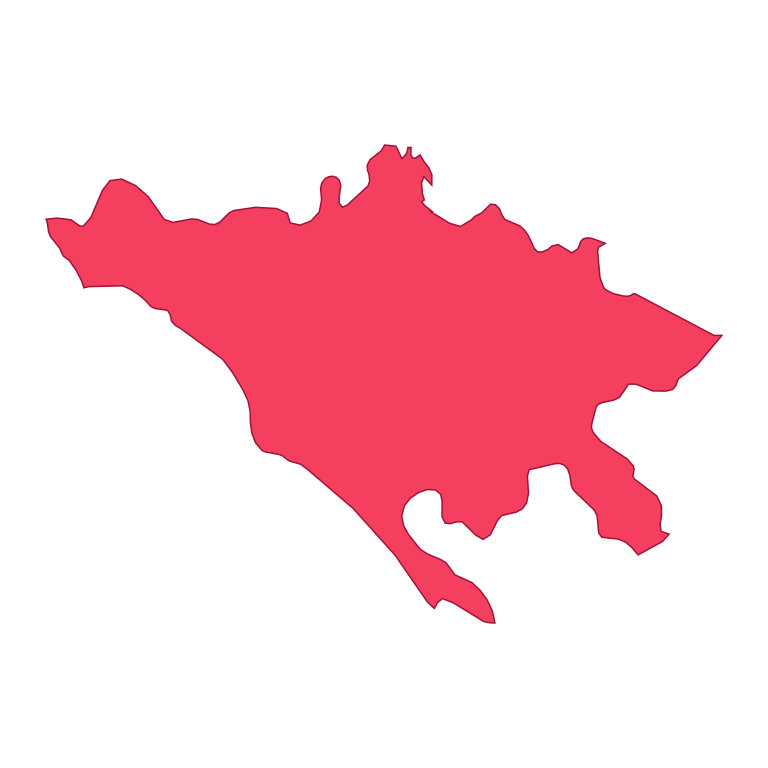 the Province of Roma
{"feature_id": "ITA-5422", "entity_name": "Roma", "entity_type": "Province", "adm_level": 1, "iso_a3": "ITA", "parent_name": "Italy", "parent_adm1": "", "projection": "natural_earth1", "projection_center": [12.606, 41.858], "detail": "fine", "context": "isolated", "style": "filled", "palette": "rose", "viewbox_px": 768, "rotation_deg": 0, "n_neighbors": 0, "source": "natural_earth", "source_scale": "10m", "svg_char_len": 3020}
<svg xmlns="http://www.w3.org/2000/svg" viewBox="0 0 768 768"><path d="M494.9,623.0L489.9,622.8L483.7,621.5L453.2,602.8L442.5,598.6L437.5,602.6L434.4,608.5L427.5,602.1L395.4,555.6L353.0,508.3L307.3,469.2L300.5,464.2L289.0,460.9L282.2,455.6L278.5,454.3L265.6,452.0L262.2,450.6L255.5,442.7L251.9,433.2L250.4,422.6L250.2,411.4L248.0,400.8L243.0,389.9L232.4,372.3L222.6,359.2L180.3,328.3L175.5,325.5L171.6,321.3L170.0,314.3L167.5,310.3L155.2,308.5L151.0,306.6L145.3,300.3L138.2,294.3L130.4,289.3L122.7,285.8L89.2,286.6L83.9,287.8L81.6,280.9L76.1,270.3L69.3,260.4L63.3,256.0L59.9,248.5L50.5,236.6L48.6,231.9L47.4,223.3L46.1,219.2L57.3,218.1L71.1,219.8L80.1,226.2L83.4,226.0L90.8,217.6L102.4,190.4L109.9,180.6L121.8,179.1L135.6,185.6L148.3,196.7L164.3,219.5L173.0,222.4L192.0,218.9L197.8,219.5L209.4,224.1L215.0,224.5L220.2,221.8L229.1,212.9L233.9,210.5L255.6,207.3L276.6,208.5L287.3,213.3L290.3,223.0L300.2,225.1L311.0,221.0L319.2,212.1L321.6,199.8L320.6,188.4L321.7,183.3L325.0,178.8L328.5,176.8L332.5,176.2L336.3,177.3L339.3,180.3L340.8,185.8L339.1,197.5L339.2,203.2L342.5,207.2L347.4,205.0L368.1,185.8L369.7,180.7L369.1,174.9L367.5,170.1L367.2,165.3L370.0,159.7L381.5,150.6L384.6,145.0L396.0,146.2L401.9,158.7L405.8,154.5L407.0,152.2L407.9,147.5L411.1,147.5L410.8,154.2L412.4,157.8L415.4,158.2L420.0,154.9L424.1,161.7L428.7,167.6L431.9,174.7L431.8,185.1L423.8,176.7L421.5,183.0L422.5,194.1L424.3,200.0L421.7,201.8L424.7,205.6L431.8,211.2L429.7,211.1L449.5,223.2L460.4,226.5L471.0,220.1L474.8,216.4L481.6,212.9L490.6,204.2L495.3,204.6L499.3,208.5L501.9,214.9L504.8,219.4L519.9,225.9L524.6,230.3L528.4,235.6L534.2,248.3L537.7,252.0L542.8,251.8L548.1,249.4L551.8,246.1L558.0,244.5L571.9,252.8L577.9,248.8L580.8,241.4L582.8,239.1L586.6,237.9L591.4,238.2L605.3,243.3L598.5,247.3L597.7,250.6L597.7,252.4L599.9,276.6L600.3,278.4L602.9,285.7L603.7,287.3L604.9,289.1L608.3,291.2L613.9,293.8L623.8,296.1L628.3,296.2L631.3,295.3L632.6,294.1L634.7,293.6L714.2,335.5L721.0,335.3L721.9,335.4L696.6,365.6L678.4,378.8L675.9,385.5L672.8,389.4L665.9,391.1L652.7,390.9L636.1,384.2L628.6,384.1L619.4,397.5L613.7,400.1L601.8,402.7L598.8,404.1L597.1,405.5L596.0,407.6L591.7,424.2L591.5,428.1L593.2,432.5L600.9,441.5L627.2,459.0L633.3,465.9L634.1,469.4L632.9,476.1L634.1,478.8L656.8,496.0L661.4,505.7L661.6,515.4L660.1,524.6L661.1,531.3L669.1,534.1L662.6,541.4L638.1,554.9L632.0,547.6L625.8,542.3L618.8,539.2L601.7,537.2L598.7,532.9L597.1,516.0L594.5,510.3L574.5,491.2L572.6,488.6L571.3,485.3L569.8,474.9L567.6,468.9L564.4,465.2L560.1,463.5L554.8,463.7L529.2,469.7L527.4,475.9L528.5,493.3L526.6,502.9L522.3,508.9L516.1,512.2L501.7,515.5L497.3,520.8L490.3,534.8L482.9,539.4L475.6,535.0L462.2,521.8L456.3,521.9L450.2,523.7L445.1,523.1L442.0,516.4L442.1,501.1L440.7,494.4L435.6,490.0L427.4,489.5L418.4,492.6L410.2,498.4L404.3,505.7L401.7,516.2L403.7,525.8L408.6,534.7L420.3,549.3L426.9,553.7L441.9,560.1L446.2,563.0L454.9,574.8L472.1,582.7L480.1,590.3L487.1,599.8L492.3,610.9L494.9,623.0Z" fill="#f43f5e" stroke="#9f1239" stroke-width="1.5"/></svg>